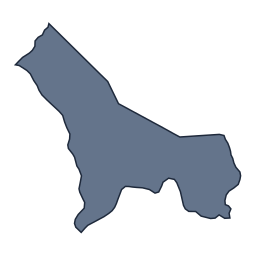 outline of Penaforte, Ceará, Brazil
{"feature_id": "56859067B64429510120789", "entity_name": "Penaforte", "entity_type": "district", "adm_level": 2, "iso_a3": "BRA", "parent_name": "Brazil", "parent_adm1": "Ceará", "projection": "albers", "projection_center": [-39.052, -7.771], "detail": "fine", "context": "isolated", "style": "filled", "palette": "slate", "viewbox_px": 256, "rotation_deg": 0, "n_neighbors": 0, "source": "geoboundaries", "source_scale": "gbopen_adm2", "svg_char_len": 1344}
<svg xmlns="http://www.w3.org/2000/svg" viewBox="0 0 256 256"><path d="M15.4,64.8L19.2,65.5L26.8,70.4L30.3,73.8L33.8,80.6L37.2,85.6L39.0,90.2L42.0,95.0L47.4,100.4L59.1,111.3L62.7,115.4L64.6,121.9L66.8,127.6L69.9,134.0L69.6,139.1L67.8,144.9L68.4,148.5L72.8,154.1L74.6,157.3L76.9,166.0L79.0,169.2L81.5,175.8L80.1,183.3L79.0,188.8L79.8,192.2L83.0,199.1L84.7,202.4L84.2,208.2L78.2,214.5L75.3,219.3L74.5,223.4L75.8,227.2L81.2,232.4L85.1,228.0L87.8,225.3L103.9,216.7L108.8,213.4L112.1,210.7L114.6,207.4L116.4,203.5L117.8,199.5L121.6,189.5L125.4,186.4L128.9,186.5L132.3,187.0L136.4,187.4L142.5,187.8L149.4,189.5L155.0,193.1L158.7,192.0L161.7,185.9L163.0,182.2L168.6,178.2L174.4,179.4L176.8,182.7L180.4,191.6L183.5,205.4L185.3,208.9L188.8,211.4L195.7,211.5L201.1,216.1L210.6,218.5L215.1,218.1L219.1,214.9L224.7,218.3L229.9,218.0L229.1,213.2L230.9,208.9L228.5,205.9L225.3,204.6L224.9,200.6L226.2,195.0L229.0,191.1L233.9,187.9L238.2,184.4L239.9,179.6L240.6,175.8L239.9,172.0L235.9,167.3L233.9,163.0L232.7,158.3L231.0,154.9L230.5,151.2L229.5,147.7L227.8,143.2L225.4,139.4L224.0,135.5L219.4,134.4L179.8,137.0L173.1,133.4L163.4,128.0L118.5,103.7L107.7,81.5L99.1,73.1L48.9,23.6L48.0,27.2L44.6,30.1L42.4,34.9L38.2,37.3L35.1,40.9L34.9,46.3L32.4,50.3L29.5,53.0L25.6,55.5L22.6,57.4L19.2,60.8L15.4,64.8Z" fill="#64748b" stroke="#1e293b" stroke-width="1.5"/></svg>